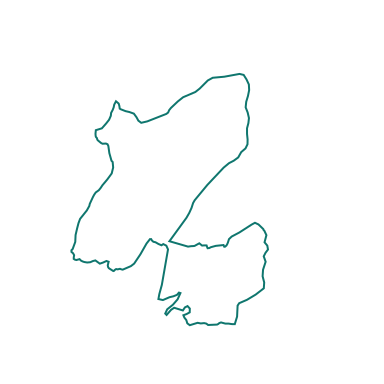 Manyara, Equal Earth projection, rotated 217°
{"feature_id": "TZA-3392", "entity_name": "Manyara", "entity_type": "Region", "adm_level": 1, "iso_a3": "TZA", "parent_name": "United Republic of Tanzania", "parent_adm1": "", "projection": "equal_earth", "projection_center": [36.5, -4.726], "detail": "fine", "context": "isolated", "style": "outline", "palette": "teal", "viewbox_px": 384, "rotation_deg": 217, "n_neighbors": 0, "source": "natural_earth", "source_scale": "10m", "svg_char_len": 2741}
<svg xmlns="http://www.w3.org/2000/svg" viewBox="0 0 384 384"><g transform="rotate(217 192 192)"><path d="M235.6,303.5L225.1,314.9L221.2,316.6L216.2,314.7L211.3,312.1L207.7,307.8L205.1,302.4L203.0,296.7L200.1,291.9L195.4,289.0L191.0,285.3L188.4,280.9L186.4,276.0L183.0,271.5L179.2,267.4L176.4,263.5L175.5,259.0L176.7,253.5L175.9,247.4L177.5,242.1L179.8,237.3L181.4,230.5L184.0,207.0L184.9,187.1L184.5,183.9L182.8,179.0L181.6,173.6L180.9,168.1L180.4,139.1L162.3,146.0L160.1,148.2L158.3,149.7L157.5,150.5L155.3,155.4L151.7,155.3L149.9,156.9L148.2,158.1L146.9,157.2L145.7,156.5L144.5,157.6L143.7,159.3L140.6,163.3L134.9,168.6L133.3,167.7L132.7,168.2L132.3,170.0L132.5,171.6L132.9,173.2L134.1,176.6L133.5,180.3L129.8,188.2L124.8,201.8L123.2,205.3L119.4,206.1L112.8,205.3L111.9,204.7L110.9,204.6L106.6,202.3L103.8,195.5L99.6,194.5L96.7,191.8L96.7,187.7L96.0,183.8L91.2,180.6L88.5,172.7L84.9,167.2L79.9,163.2L76.7,158.3L79.4,148.4L83.2,139.0L87.4,131.6L87.2,128.7L81.0,119.6L78.3,112.2L80.8,110.4L83.6,108.9L86.1,107.0L90.3,105.3L91.3,103.8L91.6,102.4L92.2,101.2L99.1,95.5L101.4,95.5L103.4,94.6L105.9,92.3L108.8,90.9L113.6,84.3L116.7,84.3L119.5,86.3L122.5,87.1L124.7,88.4L122.9,91.2L121.4,94.5L123.6,97.6L126.9,98.2L128.2,95.6L128.0,91.9L136.6,88.8L137.8,85.3L138.3,78.5L140.2,78.8L141.2,83.4L139.4,90.5L138.9,97.6L140.4,104.3L141.9,103.8L142.1,100.8L144.1,97.5L146.6,94.5L150.2,88.2L154.4,86.3L156.7,90.9L160.2,99.7L176.6,131.7L180.2,133.7L183.6,133.1L184.3,131.1L187.5,130.3L190.9,129.9L192.9,129.0L195.0,129.2L196.2,129.8L197.2,129.1L197.3,123.5L195.7,111.1L195.1,100.0L196.2,96.0L200.6,88.3L201.9,87.7L203.3,87.3L204.8,85.5L206.2,84.8L206.8,83.2L206.8,82.2L207.3,81.5L212.6,81.1L213.9,81.6L215.2,82.8L216.6,86.1L218.8,85.4L220.6,82.1L222.5,79.3L228.0,79.2L229.6,77.2L231.0,74.7L233.3,72.6L235.8,71.3L237.6,70.7L239.4,70.4L241.4,70.7L243.4,68.1L244.8,67.5L246.2,67.4L247.2,68.8L248.1,70.6L250.1,71.5L252.2,71.6L253.2,72.9L253.0,74.7L255.2,81.9L259.1,87.6L261.8,93.7L263.9,98.8L265.2,103.2L264.9,114.0L265.6,119.0L266.5,121.0L268.1,128.4L268.5,131.0L268.6,133.7L267.5,137.3L267.4,140.4L267.6,143.5L267.2,151.1L267.3,158.5L269.7,164.1L273.4,168.2L275.1,168.5L281.4,173.3L286.5,178.4L288.2,179.3L289.9,178.9L292.5,176.7L294.2,176.4L298.5,176.6L299.5,177.1L300.3,177.8L301.7,178.1L302.5,178.6L304.1,180.4L306.0,183.5L302.3,188.6L301.8,195.1L301.7,199.8L302.7,204.0L304.2,206.5L304.7,209.7L305.5,212.5L306.7,215.0L307.3,218.7L303.8,218.5L301.8,217.0L299.9,215.1L298.7,215.2L293.7,216.6L290.1,218.2L285.6,219.6L281.3,218.3L277.8,216.7L274.2,216.7L270.2,221.5L259.5,238.9L258.9,241.1L259.5,243.7L259.4,246.5L257.8,255.9L256.1,262.4L249.5,273.9L248.1,279.2L246.5,290.6L244.2,295.7L235.6,303.5Z" fill="none" stroke="#0f766e" stroke-width="2"/></g></svg>